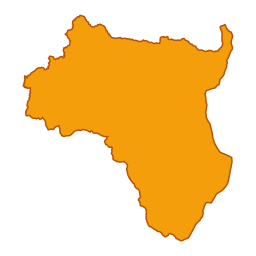 the district of Villamaria, Caldas, Colombia
{"feature_id": "7082276B7776836926778", "entity_name": "Villamaria", "entity_type": "district", "adm_level": 2, "iso_a3": "COL", "parent_name": "Colombia", "parent_adm1": "Caldas", "projection": "natural_earth1", "projection_center": [-75.477, 4.926], "detail": "fine", "context": "isolated", "style": "filled", "palette": "amber", "viewbox_px": 256, "rotation_deg": 0, "n_neighbors": 0, "source": "geoboundaries", "source_scale": "gbopen_adm2", "svg_char_len": 5611}
<svg xmlns="http://www.w3.org/2000/svg" viewBox="0 0 256 256"><path d="M24.7,76.1L24.6,78.1L25.2,79.4L24.7,80.0L24.8,80.4L24.5,81.0L24.7,82.1L24.1,82.5L24.4,83.2L24.0,83.6L24.1,84.2L23.5,84.9L23.7,85.4L23.4,86.0L24.1,86.2L24.2,86.9L24.8,87.0L24.9,87.5L25.6,87.5L25.8,87.2L26.1,87.8L26.9,87.5L27.8,88.4L30.1,87.8L30.5,89.7L30.0,91.4L30.4,92.2L30.4,92.9L30.0,93.2L30.0,93.8L29.7,94.1L29.4,95.4L30.0,96.0L30.0,96.8L29.2,97.4L29.4,98.2L29.1,98.9L29.3,99.3L27.6,101.9L27.7,103.0L27.1,104.3L27.1,105.6L27.3,105.5L27.9,106.5L28.0,107.8L27.3,108.5L27.0,109.4L26.6,109.7L26.4,110.7L25.8,111.2L26.1,111.9L25.8,112.6L25.9,114.8L26.1,115.5L27.2,115.9L29.1,115.3L32.5,118.0L35.1,118.3L36.6,118.8L38.4,118.1L39.9,119.3L41.5,118.8L42.5,117.5L45.1,120.7L45.7,122.8L45.9,125.4L47.3,127.7L48.0,129.5L48.4,129.8L50.9,129.1L52.7,129.4L53.8,129.1L54.2,128.7L54.6,127.7L55.3,127.2L57.0,126.2L58.9,125.8L59.2,127.3L60.0,128.8L59.8,130.9L60.3,132.2L60.0,132.9L60.8,133.7L61.6,135.4L63.5,136.4L64.9,136.3L65.9,135.8L69.3,135.7L71.2,134.6L74.4,131.4L76.2,130.6L78.6,130.1L80.9,130.4L83.1,129.5L86.8,130.3L90.2,132.1L90.7,131.1L91.7,131.1L92.1,131.3L93.2,133.0L97.4,133.2L101.7,135.6L104.0,136.4L105.3,136.6L107.7,136.5L107.7,137.0L107.0,137.7L106.7,138.7L105.0,140.5L104.6,141.7L105.8,144.5L106.6,144.6L107.2,145.1L108.4,146.7L109.7,147.3L110.4,147.1L111.1,147.3L111.6,147.1L112.1,147.7L112.3,148.6L111.6,149.5L112.0,150.9L111.5,153.2L111.7,154.1L112.4,154.8L113.0,156.5L113.1,157.9L112.9,158.7L113.2,159.4L114.4,160.3L115.5,160.6L117.1,161.8L118.2,161.5L119.6,162.1L123.9,161.6L125.9,162.9L127.5,165.1L127.2,167.6L126.7,168.6L126.8,170.2L127.3,171.3L127.5,173.4L128.3,175.9L129.0,177.0L129.4,178.4L129.6,178.6L130.1,178.4L130.7,180.3L131.7,181.2L132.5,182.6L134.1,183.8L134.8,186.2L135.5,187.4L136.9,188.6L138.1,188.9L139.5,191.1L139.7,193.9L140.5,197.3L138.7,198.9L138.4,199.5L138.5,200.1L140.1,202.7L140.3,205.6L142.4,206.2L145.0,207.8L146.1,209.4L146.4,212.4L146.3,213.4L146.0,214.1L146.3,215.0L146.1,218.9L146.8,220.2L147.0,222.0L147.9,223.6L148.6,225.7L150.4,226.9L151.0,226.9L154.6,229.5L155.9,230.0L157.1,231.1L158.7,231.7L159.9,231.7L161.0,232.4L162.9,235.2L164.9,236.7L165.7,236.9L166.5,236.4L168.2,235.2L168.9,233.9L169.7,233.5L173.2,234.7L174.3,236.0L175.6,237.0L176.1,238.6L177.7,239.0L180.3,240.6L182.3,240.6L184.8,239.3L188.2,238.0L189.8,235.7L195.9,224.2L198.2,221.7L200.1,220.2L200.9,218.1L201.9,217.3L202.5,216.4L203.1,213.1L203.1,212.1L202.8,210.6L203.0,209.8L203.6,209.1L204.2,206.4L206.1,202.8L207.0,202.5L211.4,202.8L216.7,193.7L221.8,190.6L223.0,189.6L225.9,186.2L227.3,183.9L228.2,181.7L232.0,161.8L231.7,157.5L227.3,155.3L220.3,152.3L219.2,151.1L216.4,146.7L214.6,143.3L212.9,138.1L212.1,132.8L210.2,124.6L209.8,123.5L207.8,120.7L206.2,117.0L206.3,115.5L206.0,115.0L206.1,114.7L205.6,111.7L206.1,110.6L206.8,105.5L206.8,104.4L205.9,101.6L205.8,97.6L205.2,95.3L205.2,93.6L205.8,91.6L206.8,90.5L211.5,88.8L214.6,88.1L215.5,87.6L217.2,85.4L219.0,84.6L220.1,79.2L221.1,78.3L223.5,75.4L224.2,73.8L224.5,71.9L226.6,67.0L226.7,64.4L227.4,63.1L227.2,61.9L226.7,61.1L226.9,60.1L228.2,57.8L231.0,50.9L232.4,49.1L232.5,47.8L231.1,42.9L231.3,40.7L232.6,36.6L232.6,35.8L231.4,32.6L231.0,32.0L229.7,31.7L227.3,29.4L226.1,27.5L225.4,25.3L224.9,24.6L222.3,25.9L220.9,26.1L220.1,27.1L220.1,27.7L221.0,29.7L222.0,33.0L222.2,34.7L222.0,35.5L222.0,41.1L222.4,41.8L222.7,43.3L222.5,45.0L221.5,47.0L220.3,48.0L219.8,48.9L218.7,49.5L218.2,50.9L217.1,50.9L216.4,51.3L215.4,51.2L214.9,51.7L212.9,51.4L210.9,50.5L208.3,50.5L207.8,51.1L207.1,51.0L206.8,51.3L205.5,51.5L201.4,49.9L199.9,50.4L198.8,50.0L197.1,48.8L195.7,46.3L193.2,45.8L192.2,44.4L190.6,44.0L189.0,42.7L188.7,41.6L185.0,39.9L184.3,38.7L183.7,38.4L182.3,38.7L181.2,40.0L180.5,40.0L179.4,40.4L177.9,40.0L176.4,40.5L174.8,40.1L173.4,40.2L172.7,39.5L171.6,39.1L170.0,39.5L168.7,39.4L168.1,38.8L168.1,37.6L167.9,37.0L167.2,36.6L165.1,37.4L164.5,37.3L163.9,36.7L162.3,36.8L160.8,37.4L160.2,38.2L160.1,41.8L159.6,43.2L157.6,43.5L156.6,42.8L154.4,43.7L151.3,42.3L149.4,42.6L147.5,41.2L147.0,41.3L145.9,40.6L144.5,40.8L143.2,40.0L141.8,41.4L140.4,41.3L139.1,41.6L137.1,40.7L135.9,40.6L135.2,40.3L133.6,40.4L132.1,39.2L130.8,39.7L129.4,38.9L127.6,38.9L124.1,38.2L122.0,38.8L121.4,38.5L120.9,37.6L120.1,37.8L119.4,37.6L118.7,38.1L117.8,37.9L115.3,38.4L113.9,37.9L111.7,37.5L111.1,37.1L110.0,35.1L109.1,34.9L108.9,33.5L108.4,33.6L108.0,33.3L107.0,30.8L106.2,30.5L105.2,27.5L104.0,26.1L100.0,24.2L98.9,24.9L97.7,24.5L97.1,25.8L96.4,26.2L95.2,26.0L94.4,26.9L93.3,27.0L91.4,26.6L90.6,25.9L90.1,24.5L88.7,24.3L88.4,22.2L86.3,20.9L86.1,19.6L85.2,19.1L85.0,17.8L84.5,17.0L83.8,16.4L82.1,16.0L81.2,15.4L79.8,15.6L79.1,16.9L77.4,16.9L76.3,18.2L75.3,18.6L74.9,20.2L73.8,20.0L73.6,20.6L72.8,21.2L72.5,24.0L73.1,24.6L73.2,25.5L72.8,26.4L73.0,26.5L72.2,29.1L71.1,29.4L70.4,30.1L69.1,29.9L67.9,30.5L67.2,32.4L66.2,33.7L65.4,33.9L65.3,34.2L66.3,35.3L67.4,35.3L67.8,37.6L69.4,39.2L69.5,40.2L70.5,41.1L70.0,41.8L69.8,44.4L69.1,45.5L68.1,45.6L67.6,46.1L67.4,46.7L66.1,47.5L65.5,47.2L65.0,48.2L64.1,47.8L63.7,48.2L63.4,49.7L63.5,51.2L63.6,51.6L64.6,52.8L64.0,54.0L64.7,55.0L64.0,55.4L63.9,55.8L64.5,56.6L64.3,57.1L63.4,57.3L63.0,57.8L62.1,56.5L61.0,56.6L59.3,57.4L58.2,58.8L57.1,58.3L55.3,59.4L54.0,59.0L53.7,57.3L53.4,57.0L50.9,56.3L49.7,56.3L48.6,58.4L49.7,59.8L50.0,61.0L49.6,62.1L48.5,62.9L49.5,64.6L48.0,66.8L48.6,67.6L48.5,68.2L47.0,68.4L46.1,69.6L45.4,69.8L44.5,69.3L43.8,68.1L43.2,67.8L41.5,67.4L40.5,67.9L39.0,67.7L38.2,68.2L36.9,68.5L34.7,70.9L31.3,72.9L29.8,75.0L28.7,75.2L27.7,76.0L27.5,77.2L27.0,77.8L26.5,77.6L26.1,76.4L24.7,76.1Z" fill="#f59e0b" stroke="#b45309" stroke-width="1.5"/></svg>